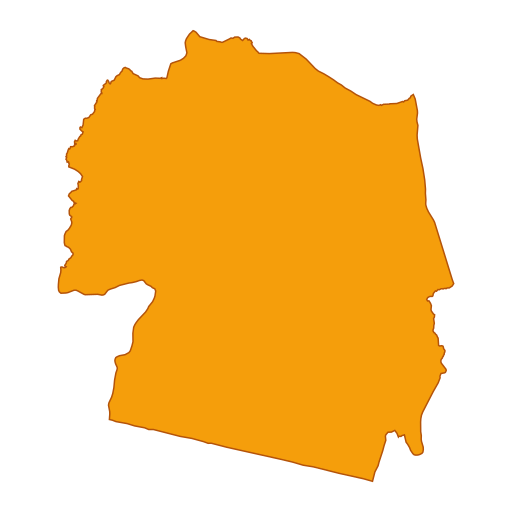 the district of Koulpelogo, Koulpélogo, Burkina Faso
{"feature_id": "67063806B92956545078683", "entity_name": "Koulpelogo", "entity_type": "district", "adm_level": 2, "iso_a3": "BFA", "parent_name": "Burkina Faso", "parent_adm1": "Koulpélogo", "projection": "natural_earth1", "projection_center": [0.149, 11.415], "detail": "fine", "context": "isolated", "style": "filled", "palette": "amber", "viewbox_px": 512, "rotation_deg": 0, "n_neighbors": 0, "source": "geoboundaries", "source_scale": "gbopen_adm2", "svg_char_len": 5856}
<svg xmlns="http://www.w3.org/2000/svg" viewBox="0 0 512 512"><path d="M170.8,63.8L168.4,71.1L166.9,77.7L166.3,78.5L164.0,78.2L161.7,78.5L161.7,77.7L160.1,78.3L155.2,78.1L148.0,79.1L143.0,78.9L139.6,77.7L138.1,75.9L133.1,73.6L131.7,71.2L130.6,70.7L129.8,69.6L128.7,68.8L126.3,68.0L125.2,67.4L123.9,67.9L122.7,69.1L122.0,71.2L121.5,71.5L120.5,72.7L119.4,74.6L117.2,75.6L115.9,76.7L114.2,80.2L111.4,81.4L111.0,82.0L110.8,83.0L110.3,83.8L109.6,83.6L108.8,82.2L108.7,81.4L107.7,80.1L107.1,80.3L106.3,81.8L106.4,82.7L106.1,83.2L103.4,85.3L103.2,85.8L103.9,86.6L103.1,88.1L102.4,88.9L101.4,89.4L101.2,89.9L101.4,90.4L101.2,91.9L101.8,92.8L101.8,93.5L101.1,93.4L97.4,98.4L97.2,100.3L96.7,100.6L97.0,101.8L96.4,102.2L96.4,102.9L95.6,103.7L95.5,104.3L94.8,105.0L94.4,105.9L94.8,106.5L94.5,108.1L95.2,109.5L94.7,109.9L94.6,111.4L92.5,114.2L90.7,114.8L89.2,117.1L88.4,117.7L86.6,118.3L85.3,118.2L83.7,119.3L83.1,125.0L81.9,127.6L80.4,127.0L79.9,127.8L80.0,129.3L82.1,131.3L83.1,131.9L82.3,134.2L81.0,134.8L80.6,136.1L79.9,136.4L78.4,138.8L77.6,140.8L76.2,140.9L75.2,140.3L75.0,140.7L74.5,141.7L74.7,143.8L76.0,143.6L76.1,144.1L74.3,145.3L74.3,146.0L72.6,146.7L70.6,146.7L70.1,148.2L69.6,149.0L68.8,148.6L68.2,149.9L67.2,153.1L66.5,154.1L66.7,155.3L66.0,156.7L66.7,157.1L66.0,159.3L66.6,160.0L67.2,162.2L68.4,161.8L68.7,162.3L68.9,163.5L69.3,164.0L68.8,165.7L68.8,166.9L74.6,169.2L78.2,171.5L80.5,173.6L82.5,176.5L81.5,179.6L81.6,180.6L80.1,182.1L79.6,182.2L79.4,181.7L78.8,181.4L77.9,183.5L78.3,185.6L78.2,188.7L77.6,189.1L76.7,188.6L76.2,189.9L71.6,191.4L71.2,192.1L69.3,193.8L68.5,195.9L72.2,200.5L73.7,201.4L73.8,202.1L74.2,202.6L75.9,203.3L75.1,203.9L74.0,204.0L73.5,205.7L71.8,207.4L70.8,207.4L69.8,208.8L69.2,210.5L69.3,213.9L69.7,215.1L71.7,216.7L71.6,217.8L71.0,218.2L70.7,219.0L71.7,221.7L71.8,223.0L71.3,225.1L69.5,228.2L68.0,230.1L66.1,231.5L64.9,234.1L64.4,235.7L64.3,242.6L64.8,245.0L65.3,245.8L65.8,245.8L66.8,246.6L68.5,247.3L69.9,248.6L70.5,249.3L71.5,251.8L73.0,253.1L73.1,254.3L72.6,255.4L71.7,256.1L71.0,257.6L68.8,259.2L68.6,259.9L67.8,260.8L66.7,261.3L66.4,261.9L66.3,263.1L64.8,265.3L64.8,265.9L66.2,266.7L65.8,267.2L64.7,267.7L63.1,267.5L62.2,267.0L61.0,267.0L60.7,267.4L60.9,270.2L60.7,272.6L58.9,278.8L58.4,284.3L58.3,287.2L58.6,290.3L59.3,291.8L60.9,293.2L65.8,293.0L67.9,292.6L74.1,290.2L76.1,290.2L77.9,291.0L84.1,294.4L85.3,294.7L97.6,294.3L101.9,295.1L103.4,294.9L104.7,294.3L107.4,290.8L108.2,290.0L110.6,289.0L115.1,287.6L119.5,285.4L129.0,283.0L132.1,282.6L136.3,281.6L139.4,280.5L142.0,280.0L143.7,280.6L146.2,283.8L147.6,284.7L151.0,286.3L152.4,287.7L154.8,288.8L155.7,291.0L155.0,295.9L154.3,298.1L152.6,301.7L148.7,306.5L147.9,308.5L145.6,312.0L138.5,319.5L136.3,322.4L134.9,324.6L133.7,327.2L132.9,333.3L133.0,341.7L132.0,345.7L130.3,350.8L128.9,352.6L125.0,354.7L119.5,355.7L117.0,356.8L115.8,357.6L115.1,359.2L114.9,360.7L115.1,362.0L115.6,363.8L117.1,367.1L117.3,368.2L117.1,369.5L115.9,373.0L114.6,380.0L113.9,387.6L112.8,393.4L111.6,397.2L109.0,402.7L108.7,403.9L108.5,405.2L109.7,411.5L109.8,413.9L109.4,419.5L112.4,420.2L116.0,421.6L127.2,423.6L134.6,425.9L144.7,427.8L148.7,429.5L153.4,429.5L180.2,436.4L191.8,438.4L203.5,441.6L208.1,443.3L211.2,443.2L227.0,447.3L279.5,459.0L292.3,462.0L303.2,465.2L313.2,466.8L339.4,473.4L363.7,478.8L372.5,481.3L374.9,471.9L378.1,465.7L379.0,462.1L382.7,450.8L384.1,445.5L385.8,440.3L385.4,436.2L385.8,434.8L388.0,432.2L391.4,432.1L394.8,430.4L397.0,433.4L398.4,437.0L398.9,436.3L401.0,436.4L401.9,435.6L404.4,434.9L406.1,442.2L407.6,444.2L409.6,447.6L410.6,450.3L412.9,453.7L414.2,454.8L415.8,455.1L417.9,455.0L419.7,454.5L421.9,453.4L422.9,452.1L423.3,449.6L423.2,447.1L421.5,441.4L421.2,439.3L421.3,435.6L420.7,431.7L420.6,422.0L420.8,418.8L421.5,415.1L422.8,411.8L433.2,391.6L438.2,382.8L440.1,377.8L439.9,376.9L440.1,375.7L441.0,373.5L444.7,372.8L445.4,372.3L446.2,370.6L446.0,369.3L442.1,364.2L441.3,363.1L440.9,362.0L440.9,360.5L441.2,359.4L442.3,358.1L442.6,357.1L443.3,356.2L443.6,355.2L444.2,354.3L444.3,352.9L444.7,352.3L444.9,351.5L444.9,350.4L443.7,348.8L443.3,347.0L443.0,346.2L441.8,345.7L439.6,346.0L438.6,345.4L438.1,338.0L437.7,337.6L436.6,335.0L435.7,334.3L434.7,332.9L434.1,332.7L433.1,331.2L433.0,329.9L433.7,328.1L433.8,325.5L434.3,323.3L433.6,318.6L434.4,317.0L434.6,314.7L433.6,314.2L431.3,310.9L431.0,309.5L431.4,305.7L430.5,303.3L429.0,300.9L427.5,300.9L426.7,299.4L427.7,297.6L429.4,296.6L431.2,296.3L431.9,296.5L432.6,296.2L433.0,295.4L433.2,294.0L433.6,293.1L435.4,290.9L436.5,291.2L438.0,289.5L439.1,289.8L441.0,288.8L442.2,288.7L443.0,289.0L444.0,288.5L445.5,288.4L446.0,288.7L446.7,288.2L447.7,287.9L449.3,287.9L452.2,286.0L453.7,283.6L452.3,279.8L434.6,222.4L433.4,219.9L428.5,212.0L426.8,208.4L425.8,205.0L425.7,203.2L425.9,199.8L425.4,193.3L425.5,189.1L424.7,179.9L422.9,168.4L420.7,158.2L417.3,139.0L417.1,135.1L417.9,125.4L417.0,121.9L416.7,119.2L417.5,113.1L417.4,110.7L415.2,99.0L413.3,94.5L410.9,96.1L410.5,97.2L409.8,98.2L409.3,98.3L407.6,100.2L404.8,100.7L403.6,101.9L402.6,101.5L396.8,103.5L389.7,103.8L389.3,104.1L383.5,104.3L381.4,105.4L380.9,105.1L380.7,104.7L378.9,105.4L376.5,105.0L372.6,103.3L369.9,101.3L356.1,94.6L350.9,91.1L345.1,88.0L341.4,85.0L337.5,82.8L333.6,79.9L328.8,76.8L323.8,73.8L318.4,71.1L315.1,68.5L306.2,59.1L299.1,53.6L295.3,52.6L292.5,52.4L269.3,53.6L259.2,53.3L258.6,53.0L257.6,51.6L256.7,51.0L252.9,46.3L251.4,43.6L252.2,42.8L252.0,42.2L251.3,41.5L251.2,40.8L250.0,40.2L249.3,39.4L248.1,40.1L247.1,38.5L245.4,38.1L244.4,38.5L242.6,40.5L240.5,39.1L240.0,38.1L238.7,37.3L238.1,37.0L234.7,37.1L233.0,38.3L231.0,38.0L229.3,39.0L222.5,42.3L221.3,42.3L220.1,41.8L216.8,41.4L216.0,40.5L209.1,39.5L199.8,36.7L196.1,32.3L194.4,31.2L193.1,30.7L189.5,34.1L186.5,38.6L185.6,40.8L185.2,42.8L185.7,46.8L186.9,52.8L185.9,55.8L183.5,58.3L180.3,60.3L172.4,62.9L170.8,63.8Z" fill="#f59e0b" stroke="#b45309" stroke-width="1.5"/></svg>